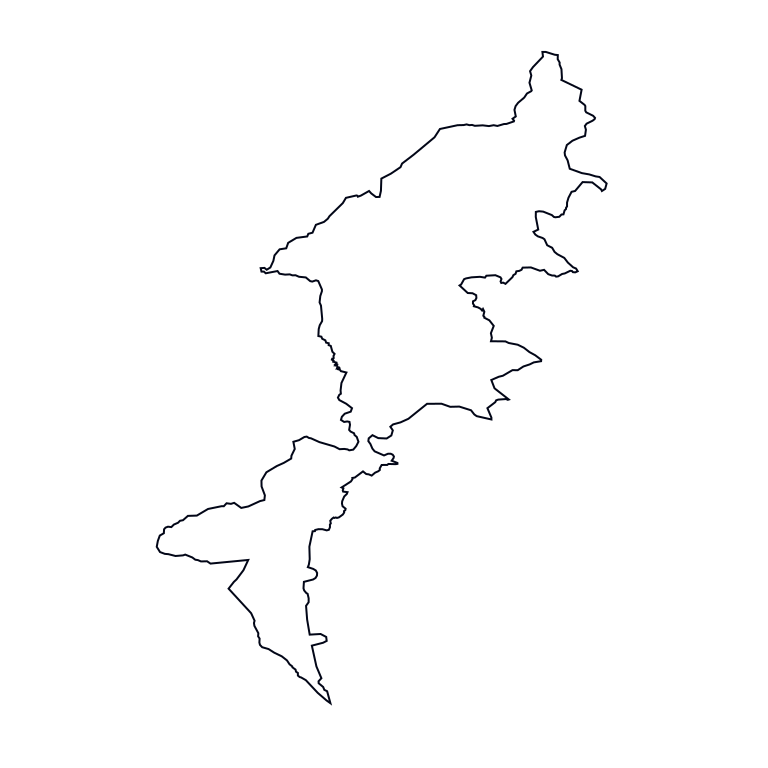 the district of Yilo Krobo, Eastern, Ghana, rotated 83°
{"feature_id": "2480657B63323125119927", "entity_name": "Yilo Krobo", "entity_type": "district", "adm_level": 2, "iso_a3": "GHA", "parent_name": "Ghana", "parent_adm1": "Eastern", "projection": "equal_earth", "projection_center": [-0.125, 6.157], "detail": "fine", "context": "isolated", "style": "outline", "palette": "ink", "viewbox_px": 768, "rotation_deg": 83, "n_neighbors": 0, "source": "geoboundaries", "source_scale": "gbopen_adm2", "svg_char_len": 6153}
<svg xmlns="http://www.w3.org/2000/svg" viewBox="0 0 768 768"><g transform="rotate(83 384 384)"><path d="M694.3,476.1L682.0,477.9L680.3,480.5L677.3,481.3L673.1,485.3L671.1,485.2L668.4,482.0L656.1,485.5L634.9,487.5L633.4,476.0L632.0,472.2L628.0,472.2L624.4,477.4L623.7,488.3L608.4,489.0L594.7,488.4L591.4,485.4L587.5,484.9L582.9,485.4L582.0,486.6L579.2,488.4L577.0,488.8L570.6,487.6L569.4,478.2L568.2,475.6L566.0,473.9L563.4,473.4L560.8,474.4L558.9,476.8L556.5,481.9L554.1,480.6L548.9,479.1L536.4,477.9L521.5,472.8L521.6,470.5L520.5,470.1L520.1,466.7L520.6,462.9L522.3,458.7L522.0,456.5L519.6,455.1L516.9,454.8L515.9,453.8L513.2,454.0L511.5,452.2L510.4,450.3L510.9,449.6L510.6,448.1L511.2,447.0L510.9,445.0L508.5,440.7L506.7,439.2L505.3,439.2L504.5,437.8L503.1,437.3L500.3,440.0L497.6,440.3L495.3,439.8L490.8,437.2L488.6,434.3L486.9,433.4L485.8,437.7L484.5,437.9L482.6,437.0L481.5,438.7L476.7,428.7L474.6,426.9L473.4,426.9L473.3,424.4L468.2,415.5L471.2,412.6L471.8,410.2L473.4,407.4L470.9,403.6L469.9,400.3L468.8,398.6L467.2,398.5L464.1,396.2L464.7,390.6L463.9,389.4L465.0,382.1L464.9,380.4L464.0,380.3L461.1,385.7L458.6,383.5L457.1,383.0L455.2,384.0L454.0,385.9L453.7,388.5L454.9,392.7L449.7,401.5L446.7,403.4L441.9,404.8L438.8,406.5L436.1,405.8L433.4,401.7L437.0,396.3L438.4,388.0L436.0,383.0L431.1,380.9L427.2,382.9L425.2,379.9L424.1,372.3L421.5,364.0L408.9,343.7L410.6,329.3L414.7,321.1L415.6,312.0L420.7,300.8L425.2,298.1L427.2,295.9L432.3,281.7L430.4,281.5L420.6,284.3L415.6,275.8L413.9,274.7L413.4,272.5L413.8,264.7L414.8,263.1L414.6,262.0L401.8,274.8L393.1,277.0L390.8,269.2L390.3,265.0L385.9,254.8L386.6,249.6L383.6,243.5L382.3,237.0L380.8,232.7L380.5,225.3L379.1,225.0L373.9,230.4L370.0,235.8L365.0,240.8L361.3,246.5L358.5,255.2L356.5,258.3L354.6,272.6L351.3,271.3L346.6,271.7L339.7,268.0L333.6,271.7L330.4,276.4L329.5,276.2L328.4,277.1L324.5,275.6L321.6,276.6L323.0,277.7L321.2,278.9L319.4,281.4L317.8,285.3L317.0,284.9L315.0,285.9L312.8,285.6L311.9,283.1L309.9,281.8L307.1,281.7L304.7,285.1L303.9,289.8L295.4,297.0L294.6,295.3L289.7,291.7L289.2,289.7L288.8,284.2L289.3,275.7L290.7,270.8L289.0,269.2L289.6,260.2L292.3,255.4L294.1,254.6L296.4,255.8L298.0,255.3L297.9,253.4L299.4,251.2L293.6,243.5L291.7,242.3L290.7,240.0L288.3,238.9L288.2,235.9L287.4,233.6L285.4,232.2L286.2,224.0L290.6,215.4L290.2,211.2L295.0,207.6L296.8,204.0L297.2,201.3L298.4,200.1L298.4,198.1L296.5,193.8L296.3,191.1L294.3,185.3L294.8,183.6L296.0,182.9L296.5,180.6L295.7,178.0L292.8,179.3L291.2,182.1L285.9,186.7L280.8,189.7L276.3,196.1L273.7,198.6L269.3,200.5L266.2,205.1L259.9,207.1L258.4,208.8L256.2,213.3L254.1,215.6L251.2,217.1L249.5,212.1L236.7,213.0L231.7,212.3L231.4,209.1L232.3,205.0L236.8,196.8L238.9,195.0L239.4,193.6L239.4,189.6L237.4,187.2L237.5,185.2L233.7,183.6L232.5,182.0L231.2,181.8L230.1,180.7L226.2,180.2L221.6,178.2L216.1,174.4L215.7,170.8L207.8,162.3L209.3,152.7L217.3,144.8L219.0,144.2L217.3,140.7L212.1,138.6L204.8,144.8L203.7,148.7L201.0,154.7L198.8,161.9L193.0,173.4L184.4,174.5L179.2,176.5L176.2,176.5L169.1,173.4L165.5,167.3L163.3,160.0L162.2,154.2L156.2,152.6L152.4,153.2L150.3,151.2L148.1,144.9L146.8,142.7L145.6,142.1L143.3,143.7L139.0,150.2L137.3,150.9L132.7,150.3L131.4,150.9L126.8,155.5L116.0,152.0L103.8,170.9L102.2,170.1L93.1,169.5L88.4,170.8L86.3,170.5L82.8,172.0L78.7,171.4L78.0,174.4L74.1,183.0L73.7,186.3L78.4,186.3L87.6,197.5L91.3,200.9L95.8,200.2L102.7,202.9L110.6,201.6L111.3,202.2L113.1,206.7L116.8,209.9L121.2,216.6L124.2,219.5L127.8,221.1L134.5,220.6L136.4,224.1L138.5,222.8L139.2,223.1L140.8,230.7L140.6,233.3L141.7,240.0L140.5,243.6L140.8,248.4L139.3,254.5L138.8,262.4L137.6,265.0L137.5,267.7L136.4,270.4L136.7,273.4L136.1,279.4L137.7,297.4L145.3,303.8L160.0,326.6L167.4,339.2L170.8,341.2L176.1,351.6L179.8,361.6L191.9,363.5L197.8,365.6L197.4,369.2L193.2,373.5L190.6,375.3L194.2,384.0L194.9,387.1L193.9,387.4L193.5,388.4L194.6,399.1L199.4,402.8L210.8,417.7L213.1,419.6L215.8,423.8L217.7,432.2L225.1,436.5L225.7,440.8L228.2,442.2L228.3,453.1L232.2,461.9L237.4,464.5L237.6,471.2L243.0,477.0L248.3,478.8L254.5,482.6L256.3,486.5L254.2,488.5L254.0,492.3L257.5,491.9L257.8,489.5L259.7,487.9L258.9,475.9L261.8,474.3L263.4,468.8L263.7,464.2L265.0,461.7L265.3,458.5L267.2,455.3L268.7,448.6L272.9,444.7L273.6,442.7L272.8,438.9L273.8,436.7L282.6,434.1L284.3,434.3L288.9,436.5L295.2,438.0L298.5,437.0L311.9,437.4L314.1,437.8L317.8,440.6L321.5,442.1L328.4,443.3L329.4,440.4L331.6,439.8L333.5,436.9L335.9,436.4L336.8,433.9L338.7,434.2L339.7,432.2L345.7,431.3L348.1,429.4L350.0,430.7L352.2,430.8L352.8,431.5L352.6,432.3L353.5,432.8L354.7,431.2L355.7,431.7L357.0,428.5L357.7,428.5L358.5,429.7L358.9,428.6L359.7,429.9L360.1,428.4L361.0,427.9L362.7,428.8L362.3,426.4L362.9,426.2L363.9,427.4L364.4,426.1L366.0,425.2L368.0,419.9L377.8,426.1L385.2,427.9L388.4,428.0L389.3,429.7L391.9,431.4L394.5,430.3L399.0,423.9L404.1,418.7L407.4,420.4L408.7,426.6L411.4,429.8L414.4,431.1L416.8,428.2L416.7,425.1L417.4,422.9L420.3,422.7L425.3,424.2L427.1,423.0L429.3,419.7L431.0,419.5L433.2,417.5L438.2,416.4L442.2,419.1L445.4,422.5L445.6,426.6L444.5,428.1L443.6,431.3L443.3,436.0L440.0,440.8L433.8,455.2L429.0,463.1L428.4,465.1L426.8,467.1L426.9,469.5L429.4,475.2L430.3,481.0L437.6,480.5L443.9,484.6L446.7,485.2L450.1,493.1L452.4,500.5L457.3,511.5L464.9,517.4L470.8,518.0L480.0,515.8L484.6,516.9L485.1,521.3L489.0,533.6L489.6,540.8L483.7,547.2L484.3,550.5L483.2,554.8L485.8,557.9L485.5,560.2L486.6,573.9L491.8,585.8L491.0,594.7L494.7,600.1L494.9,603.2L496.6,605.3L497.9,609.7L500.1,612.5L499.3,615.8L499.9,618.3L501.4,620.0L505.3,620.7L507.1,625.0L512.2,627.6L517.9,629.4L523.5,626.8L525.9,622.2L526.6,618.8L529.3,611.9L529.6,604.3L529.1,602.1L532.8,595.4L535.4,592.7L536.1,590.2L537.8,587.3L538.4,581.2L541.1,578.1L542.1,540.2L551.7,546.2L560.0,554.2L562.1,557.1L568.2,563.2L595.3,543.8L603.2,541.3L605.4,542.2L608.3,542.1L616.0,539.1L619.1,539.7L621.5,538.5L625.4,539.2L627.8,538.9L630.4,537.0L633.0,530.9L637.3,525.7L641.8,518.7L646.5,514.0L650.7,511.9L653.1,509.5L654.1,509.4L656.7,506.6L658.8,506.4L660.3,504.7L662.9,505.0L664.6,503.4L665.1,502.1L668.4,497.7L682.5,487.4L691.1,479.6L694.3,476.1Z" fill="none" stroke="#020617" stroke-width="2"/></g></svg>